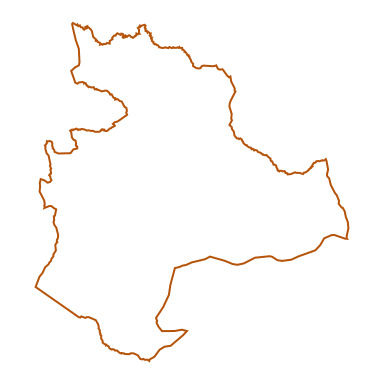 outline of Mbala, Northern, Zambia
{"feature_id": "96606910B75728228725802", "entity_name": "Mbala", "entity_type": "district", "adm_level": 2, "iso_a3": "ZMB", "parent_name": "Zambia", "parent_adm1": "Northern", "projection": "orthographic", "projection_center": [31.398, -8.964], "detail": "fine", "context": "isolated", "style": "outline", "palette": "amber", "viewbox_px": 384, "rotation_deg": 0, "n_neighbors": 0, "source": "geoboundaries", "source_scale": "gbopen_adm2", "svg_char_len": 5759}
<svg xmlns="http://www.w3.org/2000/svg" viewBox="0 0 384 384"><path d="M325.8,159.1L324.3,160.4L322.6,160.6L322.1,160.2L319.6,161.3L318.2,161.0L316.1,161.4L315.7,162.4L314.7,162.9L313.9,162.8L312.2,165.3L312.6,166.3L312.0,166.5L311.4,167.6L310.7,167.4L310.6,168.2L308.8,169.4L308.6,170.2L305.6,172.4L304.0,172.6L303.2,174.0L299.4,172.9L296.3,172.9L295.0,172.3L290.9,174.1L287.6,174.4L287.4,173.3L285.3,172.8L285.2,171.8L284.5,171.1L282.4,171.4L281.8,170.8L279.7,170.8L279.2,171.4L278.3,171.0L277.4,169.9L277.7,169.4L276.4,167.2L276.2,165.6L274.7,164.6L273.6,164.8L272.2,161.4L271.2,161.2L270.5,159.9L270.5,158.6L267.5,156.3L267.2,155.5L266.3,155.0L265.5,155.3L263.0,154.8L262.8,154.2L261.4,153.7L261.1,153.0L257.8,151.8L257.1,150.5L255.9,150.1L254.0,150.4L253.7,149.3L253.0,149.0L251.6,149.3L251.2,147.8L248.9,147.3L246.9,145.8L246.7,145.1L245.7,145.1L244.5,144.2L243.1,142.6L243.1,141.6L241.9,140.5L241.7,139.3L240.2,138.4L239.0,139.1L238.2,138.4L236.9,138.4L234.5,135.6L233.8,131.6L232.0,129.1L231.7,127.0L229.4,125.0L232.0,120.2L231.2,118.9L231.7,114.0L229.4,106.5L229.7,103.6L230.7,100.6L235.5,91.4L234.6,90.5L234.7,88.4L231.2,81.5L230.4,76.5L229.1,77.3L227.3,75.8L222.6,69.3L219.7,69.6L218.0,68.9L216.2,65.4L214.7,66.0L212.3,66.2L203.4,65.6L201.7,66.2L200.5,68.1L198.5,68.5L196.0,67.9L193.1,66.1L193.1,63.7L191.4,62.0L190.9,60.0L188.9,56.7L189.3,56.3L187.8,55.4L188.2,55.0L186.9,54.1L186.0,52.5L184.8,52.0L185.1,51.7L184.3,50.7L183.0,49.6L182.4,49.7L182.1,47.9L179.6,47.9L179.2,47.0L178.4,47.8L177.5,47.4L176.5,47.8L173.4,47.8L173.2,47.3L171.8,48.1L169.4,47.0L168.3,48.1L165.0,47.3L164.3,47.8L162.0,48.0L159.4,47.1L159.6,46.4L159.0,47.0L158.2,45.4L156.6,45.0L155.5,43.9L154.6,44.3L154.0,43.8L153.3,42.8L153.5,41.9L151.9,41.0L151.9,39.1L151.2,38.9L151.1,37.8L151.5,37.5L150.9,37.4L150.7,36.4L149.9,35.8L150.7,35.4L150.3,34.8L150.6,33.8L150.0,34.0L149.9,33.2L148.1,31.9L147.5,32.6L146.7,30.8L145.6,31.0L145.3,29.6L145.7,28.6L144.7,27.7L145.6,25.8L144.6,24.8L141.6,25.7L140.7,26.5L140.6,25.8L139.9,25.5L139.3,26.9L137.9,27.9L139.1,29.7L138.9,32.9L139.5,33.7L138.5,33.7L137.8,34.4L136.4,33.5L136.0,35.7L134.8,36.1L134.7,36.7L133.0,37.8L132.7,37.3L131.3,37.1L129.5,35.3L128.5,35.4L127.1,36.8L125.5,35.4L124.8,36.0L125.2,37.3L123.2,37.8L122.7,37.2L123.4,35.0L123.0,34.1L121.3,33.6L120.7,35.0L117.3,33.3L115.8,34.8L115.6,35.6L114.1,35.6L112.8,37.1L112.1,38.0L112.5,39.2L109.7,41.0L109.7,43.6L106.9,43.0L105.7,44.1L103.4,44.0L102.6,44.7L101.4,44.1L100.1,44.6L100.4,43.4L99.9,42.7L97.7,42.1L97.2,40.7L95.8,40.8L96.0,39.5L93.2,36.9L92.0,31.6L91.0,29.6L87.5,26.6L86.8,27.2L87.0,26.3L85.5,27.0L87.2,27.9L86.9,28.3L85.4,28.5L84.3,29.7L83.6,29.5L82.5,27.5L80.7,27.2L79.9,25.4L78.4,26.1L77.5,24.5L76.9,25.3L72.9,23.0L72.1,24.0L73.5,30.6L75.8,40.2L78.8,48.7L79.5,62.2L78.9,65.3L75.2,67.3L71.2,70.9L75.3,82.7L77.6,83.7L78.8,82.5L82.6,82.0L83.8,82.5L84.0,83.2L84.2,82.9L85.8,83.3L86.5,85.4L87.1,85.4L88.4,87.1L89.1,86.6L91.3,87.5L93.8,87.2L94.7,89.4L96.7,88.9L97.2,89.8L98.6,89.9L101.7,91.4L105.3,90.6L107.2,90.8L109.6,93.2L110.2,94.6L111.6,94.3L113.5,97.7L115.4,98.2L115.1,99.5L117.8,99.2L119.6,101.0L121.7,101.5L124.5,106.8L126.4,107.9L126.9,111.0L126.2,112.6L127.1,114.8L117.6,121.5L114.8,122.2L112.9,123.9L114.8,125.6L114.6,126.1L111.8,127.4L111.0,128.3L109.7,128.5L107.9,130.4L106.5,131.1L104.2,130.6L104.3,129.6L102.1,129.3L101.9,130.1L101.0,130.1L100.5,131.1L99.2,131.8L95.1,131.8L92.4,130.7L91.4,131.0L88.7,130.3L86.6,130.5L84.5,129.5L81.5,128.9L80.1,129.8L78.8,129.3L78.1,130.0L76.3,128.6L74.2,129.6L73.1,129.5L72.8,130.2L71.8,129.7L70.2,130.6L71.3,132.6L71.9,137.4L73.5,139.7L75.5,140.5L76.1,143.7L75.8,144.8L76.3,146.2L77.1,146.4L77.3,147.0L77.2,148.5L73.4,149.4L70.5,153.2L58.4,153.5L54.6,151.9L54.2,149.9L52.6,148.1L52.9,147.2L52.1,145.7L52.4,143.8L51.8,141.9L49.9,141.0L47.6,141.5L46.9,141.2L46.8,143.4L44.9,145.5L45.5,146.3L45.3,148.5L46.6,153.3L48.6,155.6L50.5,164.6L49.9,165.8L51.2,168.7L50.4,169.6L51.1,172.9L50.9,173.8L50.0,174.0L49.2,175.2L50.2,176.3L50.7,178.9L51.5,180.1L50.2,181.8L47.7,182.7L44.3,180.3L40.7,179.1L39.8,183.1L40.1,186.4L39.6,191.6L44.2,200.5L44.8,204.4L44.2,205.9L44.8,206.9L44.4,208.0L49.4,206.0L51.6,206.2L53.9,208.2L56.2,209.3L54.9,215.7L53.8,216.3L54.2,220.2L53.5,221.9L54.3,224.8L56.3,227.7L58.2,235.2L57.7,238.7L56.9,239.8L56.8,241.2L57.3,242.2L55.8,243.8L55.3,245.3L55.9,250.5L53.4,254.4L53.3,256.5L51.5,258.7L51.0,260.9L49.5,262.3L48.5,264.3L45.1,267.3L42.5,273.0L39.5,276.7L35.6,287.0L78.8,317.2L80.3,317.5L81.3,316.4L85.4,317.9L87.0,317.1L88.7,317.1L95.8,320.2L98.2,324.4L98.8,327.2L98.5,328.3L99.9,330.4L99.7,332.3L100.4,333.3L100.2,334.6L101.3,335.6L101.1,338.4L102.6,340.8L102.6,342.6L105.0,344.4L105.9,344.5L106.0,345.3L106.4,345.0L108.7,346.5L109.6,348.5L111.8,349.6L112.3,349.1L114.5,349.7L115.1,350.6L117.3,350.6L119.2,352.6L121.3,353.5L121.6,353.0L124.0,353.4L124.4,353.9L127.9,354.2L129.6,354.1L130.6,353.3L133.5,353.3L137.8,355.3L140.4,359.0L142.5,359.4L143.3,358.9L145.1,359.9L147.1,359.6L149.3,361.0L149.6,359.5L154.4,356.8L159.6,349.7L164.5,346.7L170.6,345.8L183.2,335.1L186.9,331.0L181.9,329.7L174.6,331.0L162.0,331.1L158.5,326.7L156.8,323.4L156.6,321.8L157.2,321.0L156.0,318.0L163.3,306.9L168.9,294.9L170.4,284.8L174.9,268.1L179.7,266.9L182.8,265.5L185.7,265.1L191.8,262.4L205.1,259.2L210.0,256.6L225.1,260.9L232.5,264.0L237.4,264.8L243.9,263.4L255.0,257.7L269.7,256.2L272.2,256.8L277.3,260.1L279.9,260.6L282.1,260.9L291.3,259.7L298.7,256.3L315.4,250.3L320.3,245.0L324.2,238.3L331.6,235.1L334.4,235.0L344.9,238.6L347.0,238.8L346.6,238.2L346.8,235.6L348.4,228.3L347.8,222.1L345.8,216.8L344.7,211.4L342.8,207.9L341.8,207.7L338.7,203.8L339.0,200.8L336.8,195.3L334.9,192.9L330.8,185.1L329.2,178.4L327.2,176.2L326.9,174.6L328.1,169.6L326.5,160.9L325.8,159.1Z" fill="none" stroke="#b45309" stroke-width="2"/></svg>